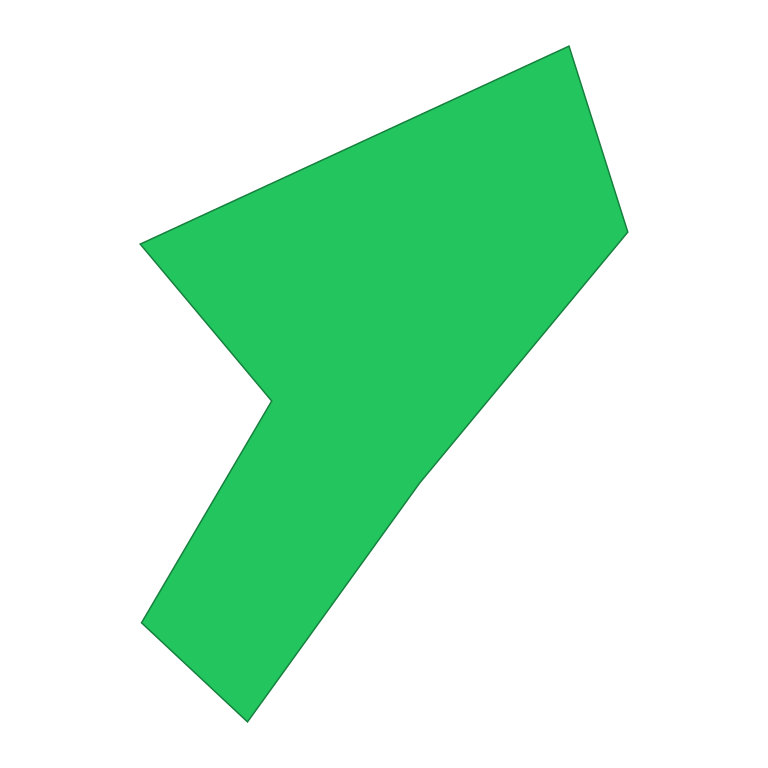 Buena Vista, Virginia, United States of America
{"feature_id": "52423323B86095735996061", "entity_name": "Buena Vista", "entity_type": "district", "adm_level": 2, "iso_a3": "USA", "parent_name": "United States of America", "parent_adm1": "Virginia", "projection": "robinson", "projection_center": [-79.361, 37.729], "detail": "fine", "context": "isolated", "style": "filled", "palette": "green", "viewbox_px": 768, "rotation_deg": 0, "n_neighbors": 0, "source": "geoboundaries", "source_scale": "gbopen_adm2", "svg_char_len": 227}
<svg xmlns="http://www.w3.org/2000/svg" viewBox="0 0 768 768"><path d="M140.2,244.1L271.7,401.0L141.5,622.8L247.5,721.9L419.9,482.7L627.8,232.1L569.0,46.1L140.2,244.1Z" fill="#22c55e" stroke="#15803d" stroke-width="1.5"/></svg>